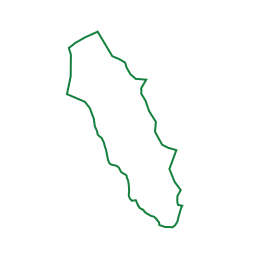 Irepodun, Osun, Nigeria, rotated 305°
{"feature_id": "59680162B77368104900520", "entity_name": "Irepodun", "entity_type": "district", "adm_level": 2, "iso_a3": "NGA", "parent_name": "Nigeria", "parent_adm1": "Osun", "projection": "albers", "projection_center": [4.504, 7.901], "detail": "fine", "context": "isolated", "style": "outline", "palette": "green", "viewbox_px": 256, "rotation_deg": 305, "n_neighbors": 0, "source": "geoboundaries", "source_scale": "gbopen_adm2", "svg_char_len": 1609}
<svg xmlns="http://www.w3.org/2000/svg" viewBox="0 0 256 256"><g transform="rotate(305 128 128)"><path d="M120.7,58.6L124.7,77.7L122.4,85.3L115.9,94.8L110.4,99.8L107.7,104.4L105.2,107.0L104.9,109.0L104.7,112.2L102.1,116.8L100.2,118.9L97.0,123.1L90.4,129.9L88.7,132.6L88.3,134.0L88.7,136.0L90.5,140.3L90.3,143.2L88.0,147.6L88.0,149.7L88.4,153.0L88.1,154.2L86.7,155.6L85.9,156.8L85.0,158.2L82.6,160.6L77.6,164.7L74.3,166.6L72.7,167.8L71.7,169.3L71.0,170.9L70.8,172.3L70.6,173.0L71.3,173.5L72.0,174.4L72.8,175.2L73.0,175.5L73.3,176.0L72.9,176.7L72.5,177.2L71.8,178.1L70.6,180.6L70.2,180.6L70.0,181.7L69.2,183.3L69.2,183.5L69.4,184.5L69.4,184.9L69.3,185.2L69.3,185.5L69.2,185.9L69.3,186.2L69.7,186.5L69.7,187.2L69.6,187.9L69.5,188.3L69.0,189.1L68.9,189.8L68.7,190.2L68.9,190.6L68.7,192.9L68.9,193.8L69.0,195.3L69.2,196.7L69.2,197.4L70.0,199.3L70.2,200.8L70.0,202.0L70.0,202.6L69.7,203.0L69.6,203.3L69.7,204.3L69.4,204.7L69.1,204.9L69.0,205.1L69.0,205.7L68.9,205.9L68.8,206.3L68.7,206.9L68.0,208.2L67.2,208.6L66.5,209.3L68.1,215.0L70.8,218.9L72.2,221.5L72.8,221.5L73.7,221.8L75.1,222.4L77.6,222.3L79.9,222.1L82.7,220.9L90.4,218.2L93.3,217.3L95.4,217.0L93.7,213.0L96.1,210.5L100.6,207.5L107.4,206.8L110.6,197.1L118.2,185.4L137.6,180.3L134.8,172.2L134.0,166.4L133.8,165.7L140.4,152.3L149.2,147.2L150.0,145.0L153.9,135.7L160.4,126.7L163.7,119.2L166.9,117.1L167.9,116.0L178.0,115.2L172.7,106.1L173.4,99.3L176.7,92.2L179.9,88.2L179.4,81.3L177.8,74.0L189.5,47.9L177.9,41.0L167.9,36.2L159.6,33.6L155.3,39.2L146.5,45.2L137.5,51.4L130.3,54.5L125.4,56.6L120.7,58.6Z" fill="none" stroke="#15803d" stroke-width="2"/></g></svg>